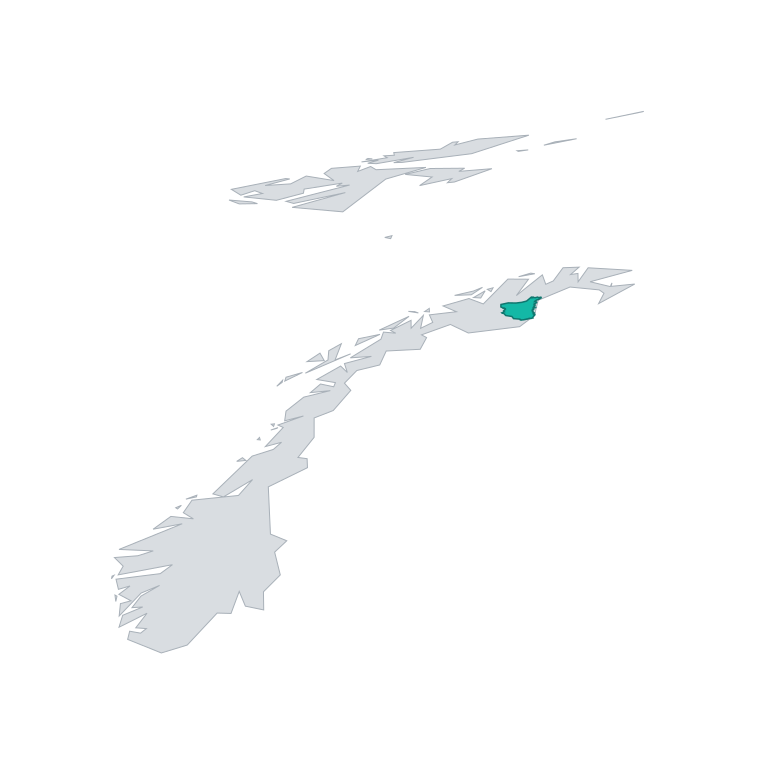 Kárášjohka sme 1, Finnmark, Norway (highlighted), rotated 350°
{"feature_id": "86288312B66062966513984", "entity_name": "Kárášjohka sme 1", "entity_type": "district", "adm_level": 2, "iso_a3": "NOR", "parent_name": "Norway", "parent_adm1": "Finnmark", "projection": "equal_earth", "projection_center": [25.507, 69.392], "detail": "fine", "context": "in_parent", "style": "filled", "palette": "teal", "viewbox_px": 768, "rotation_deg": 350, "n_neighbors": 0, "source": "geoboundaries", "source_scale": "gbopen_adm2", "svg_char_len": 7174}
<svg xmlns="http://www.w3.org/2000/svg" viewBox="0 0 768 768"><g transform="rotate(350 384 384)"><path d="M459.7,336.9L429.5,342.1L434.0,345.7L425.7,356.1L391.9,351.9L383.1,364.5L359.6,366.0L345.2,376.3L350.2,384.5L329.4,401.3L309.3,405.3L305.9,424.4L286.5,441.4L295.3,444.2L294.1,453.1L252.2,465.2L246.1,512.1L261.0,521.5L247.1,530.6L248.7,554.0L229.2,567.7L226.3,585.6L208.9,578.7L205.4,563.1L193.5,583.4L179.9,580.6L144.9,606.9L118.0,610.2L87.2,591.0L90.6,583.3L101.0,587.1L107.5,583.6L97.2,581.0L110.8,568.6L80.8,577.5L86.5,566.4L107.7,561.7L97.0,560.5L107.8,550.7L128.0,543.4L108.5,547.7L82.9,566.5L86.3,554.5L97.2,553.6L86.4,545.1L98.8,538.8L86.8,540.1L86.2,529.7L130.7,531.9L144.3,525.2L89.1,525.8L95.5,518.1L88.4,508.1L111.7,510.4L127.8,508.3L94.3,500.9L161.0,486.6L131.4,486.9L151.1,477.4L172.9,483.7L164.0,475.9L174.7,465.1L221.3,468.5L238.0,455.3L206.3,467.3L196.4,462.5L241.7,432.1L263.7,429.2L273.0,423.6L256.3,425.0L277.2,409.3L272.4,406.0L299.1,401.5L279.8,403.0L282.8,393.7L302.7,383.0L330.0,381.2L310.0,379.7L321.5,373.0L334.0,378.0L336.4,374.2L318.6,367.9L344.4,358.8L349.9,366.3L348.6,357.0L376.4,354.6L355.4,352.4L388.8,339.3L392.5,332.8L404.4,336.0L399.7,332.4L421.7,326.0L420.4,333.8L434.7,323.2L429.7,335.5L442.7,331.8L440.7,323.8L467.9,325.4L455.7,317.4L482.5,314.6L495.7,322.4L524.2,302.2L544.5,305.9L529.7,319.9L558.9,304.0L560.6,313.9L568.6,311.9L580.5,300.6L596.4,302.8L586.7,308.6L594.2,308.8L592.9,317.1L605.2,305.0L648.2,315.2L604.7,319.1L623.4,327.2L648.3,329.1L609.3,342.1L616.4,332.8L612.3,328.7L584.0,320.8L550.4,328.3L543.9,342.8L527.5,351.1L475.9,348.4L459.7,336.9ZM369.7,162.5L398.5,165.3L395.0,170.1L408.6,167.5L413.4,171.6L462.9,178.0L421.3,182.5L373.3,207.3L324.2,194.1L379.2,188.8L326.4,190.5L319.3,187.1L384.7,182.1L371.4,181.0L377.8,178.9L339.2,178.2L337.8,182.1L309.9,184.4L278.3,175.4L297.4,175.3L290.3,171.2L275.8,173.2L267.5,165.8L322.8,164.6L326.8,165.7L301.4,167.9L326.8,170.7L343.5,165.7L370.1,175.0L361.6,166.3L369.7,162.5ZM433.8,157.8L480.2,162.5L493.5,157.8L499.1,158.3L495.3,160.9L518.9,159.1L569.9,164.1L510.3,172.4L440.3,168.9L432.0,167.7L452.5,165.9L414.8,165.7L406.3,163.8L417.4,162.6L400.4,161.4L426.4,161.7L423.6,159.3L433.9,160.5L433.8,157.8ZM466.9,179.8L500.9,185.5L494.6,187.6L527.7,190.7L488.4,197.3L481.4,196.8L486.4,193.5L453.5,194.8L467.3,188.5L441.3,181.3L466.9,179.8ZM340.0,351.8L356.4,348.5L308.4,359.7L333.0,350.6L335.4,341.6L349.0,336.9L340.0,351.8ZM366.8,335.0L388.7,334.4L362.4,341.1L366.8,335.0ZM388.7,330.1L420.4,321.7L403.2,330.6L388.7,330.1ZM263.3,175.9L285.7,181.8L290.7,184.4L272.7,181.5L263.3,175.9ZM326.3,342.5L329.2,350.6L312.1,348.6L326.3,342.5ZM497.8,305.9L485.5,311.3L468.9,309.0L488.2,308.0L497.8,305.9ZM499.8,309.8L494.2,316.1L487.2,314.4L499.8,309.8ZM288.7,360.3L305.7,358.5L286.8,363.9L288.7,360.3ZM685.9,160.8L648.1,161.8L687.2,160.6L685.9,160.8ZM594.4,175.2L616.3,175.9L582.9,176.6L594.4,175.2ZM535.2,301.7L547.7,300.3L551.7,301.6L535.2,301.7ZM508.1,308.2L505.4,311.6L502.2,308.7L508.1,308.2ZM441.7,317.4L441.3,320.9L436.6,319.7L441.7,317.4ZM417.6,239.3L415.8,242.0L410.2,239.8L417.6,239.3ZM566.7,178.5L556.6,178.2L555.6,177.4L566.7,178.5ZM231.8,432.0L234.7,435.3L225.5,434.6L231.8,432.0ZM420.6,316.7L426.7,318.0L430.2,320.0L420.6,316.7ZM407.4,159.1L411.6,160.3L405.0,159.8L407.4,159.1ZM179.7,462.6L168.9,463.0L180.4,461.0L179.7,462.6ZM163.4,468.3L159.0,471.2L157.4,469.7L163.4,468.3ZM284.0,364.7L278.0,367.6L284.8,362.7L284.0,364.7ZM84.2,546.6L82.1,551.6L82.4,545.1L84.2,546.6ZM267.9,406.6L265.9,404.0L269.2,404.2L267.9,406.6ZM626.1,324.0L624.8,326.8L624.4,326.3L626.1,324.0ZM270.6,409.1L264.5,409.7L272.0,408.5L270.6,409.1ZM252.1,415.0L252.4,417.6L249.6,416.8L252.1,415.0ZM84.9,525.5L81.8,528.5L82.8,526.0L84.9,525.5Z" fill="#d9dde1" stroke="#a8b0b8" stroke-width="1"/><path d="M512.7,328.7L512.9,328.8L513.5,329.1L513.8,329.4L514.1,329.6L514.2,329.9L514.4,330.0L514.5,330.1L514.8,330.0L514.8,329.9L515.0,329.9L515.0,330.0L515.4,330.2L515.5,330.2L515.5,330.3L515.5,330.6L515.9,330.6L516.2,330.8L516.4,330.9L516.6,330.9L516.6,331.1L516.4,331.4L516.5,331.5L516.4,331.6L516.2,331.7L516.1,331.8L515.7,332.1L515.3,332.4L514.8,332.6L514.9,332.8L514.7,332.9L514.6,333.0L514.5,332.9L514.3,333.0L514.4,333.3L514.5,333.3L514.6,333.5L514.8,333.7L514.7,333.7L514.4,333.7L514.3,333.8L514.2,333.9L513.9,334.1L513.8,334.4L513.2,334.4L512.7,334.4L512.8,334.5L512.7,334.8L514.2,335.3L514.3,335.4L515.8,337.7L521.7,339.7L522.9,342.1L529.1,343.7L529.2,343.8L529.2,344.0L529.3,344.0L529.7,344.3L529.5,344.5L529.8,344.7L529.9,344.8L530.0,344.8L530.5,344.9L530.9,344.9L531.3,344.9L531.6,344.9L532.2,344.9L532.4,345.0L532.5,345.0L532.9,345.0L533.4,345.0L533.6,344.9L533.9,344.9L534.0,345.0L534.3,345.0L534.5,344.9L534.8,345.0L535.4,344.9L535.7,344.9L536.0,344.9L536.5,345.0L536.6,344.9L536.8,344.9L536.7,344.8L536.8,344.8L537.0,344.8L537.3,344.8L537.5,344.8L537.7,344.7L537.9,344.7L538.0,344.6L538.3,344.5L538.5,344.5L539.0,344.7L539.2,344.8L539.4,344.8L539.5,344.9L540.0,344.9L540.7,345.0L540.9,345.0L541.0,344.9L541.3,344.8L541.5,344.8L541.4,344.7L541.6,344.6L542.0,344.5L542.0,344.4L542.1,344.2L542.4,344.0L542.7,343.7L542.8,343.6L542.7,343.6L542.8,343.6L543.0,343.4L543.2,343.2L543.3,342.9L543.5,342.7L544.1,342.5L544.4,342.3L544.5,342.2L544.3,341.9L544.2,341.9L543.9,341.9L543.8,341.7L544.0,341.4L543.9,341.4L544.0,341.4L543.7,341.1L543.4,340.9L543.6,340.8L543.5,340.7L543.4,340.6L543.5,340.5L543.5,340.4L543.3,340.3L543.4,340.1L543.5,340.1L543.6,339.9L543.7,339.7L543.8,339.7L543.7,339.6L543.8,339.6L543.7,339.5L543.5,339.4L543.5,339.2L543.4,339.2L543.2,338.8L543.1,338.7L542.8,338.5L542.8,338.4L543.0,338.3L543.0,338.2L543.0,337.9L542.9,337.7L543.0,337.7L542.9,337.4L543.0,337.3L543.0,337.2L543.3,337.2L543.5,337.1L543.5,336.9L543.8,336.8L543.7,336.7L543.9,336.6L543.6,336.4L543.8,336.3L543.9,336.2L543.7,336.2L543.7,335.9L544.0,335.8L544.1,335.7L544.5,335.4L544.6,335.2L545.0,335.1L545.3,335.1L545.2,335.0L545.3,334.8L545.2,334.8L545.3,334.7L545.5,334.6L545.6,334.4L545.9,334.4L545.6,334.2L545.2,334.2L545.4,334.0L545.4,333.9L545.1,333.9L544.9,333.9L545.1,333.7L545.3,333.5L545.3,333.3L545.6,332.9L546.2,332.7L545.9,332.4L546.1,332.2L546.1,331.9L546.4,331.8L546.5,331.7L546.4,331.6L545.7,331.3L545.8,331.2L545.7,331.2L545.9,331.1L546.2,331.1L546.8,331.0L547.3,330.8L547.6,330.7L547.9,330.6L547.9,330.4L548.0,330.3L548.3,330.2L548.5,330.0L548.4,329.9L548.1,329.7L548.0,329.3L548.0,329.2L547.9,329.1L547.5,329.0L546.9,329.0L546.8,328.9L546.7,328.9L546.8,328.8L546.9,328.7L547.2,328.6L547.3,328.6L547.7,328.5L547.8,328.4L548.0,328.3L547.9,328.2L548.1,328.1L548.3,328.1L548.6,327.9L548.8,327.8L549.0,327.7L549.5,327.7L550.0,327.7L550.4,327.6L550.5,327.6L550.8,327.6L551.2,327.5L551.4,327.4L551.7,327.3L551.9,327.2L552.0,327.0L552.2,326.9L552.5,326.9L552.6,326.7L552.8,326.6L553.0,326.5L553.3,326.5L553.3,326.4L553.5,326.4L553.5,326.2L553.8,326.2L553.8,325.9L553.9,325.7L554.2,325.7L552.3,325.8L551.0,325.7L550.5,325.1L548.5,325.2L548.0,325.3L546.5,324.8L545.2,324.8L545.6,324.3L544.2,324.0L538.8,327.1L533.8,327.5L530.4,327.3L528.1,327.2L520.4,325.7L513.0,326.0L512.6,327.7L512.6,327.8L512.6,328.0L512.5,328.4L512.6,328.5L512.7,328.7Z" fill="#14b8a6" stroke="#0f766e" stroke-width="1.5"/></g></svg>